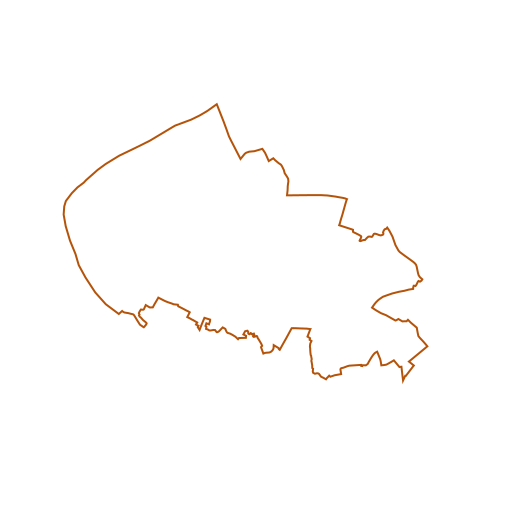 Hoang Mai, Ha Noi, Vietnam (Albers equal-area conic projection), rotated 208°
{"feature_id": "81297802B90742047749751", "entity_name": "Hoang Mai", "entity_type": "district", "adm_level": 2, "iso_a3": "VNM", "parent_name": "Vietnam", "parent_adm1": "Ha Noi", "projection": "albers", "projection_center": [105.847, 20.974], "detail": "fine", "context": "isolated", "style": "outline", "palette": "amber", "viewbox_px": 512, "rotation_deg": 208, "n_neighbors": 0, "source": "geoboundaries", "source_scale": "gbopen_adm2", "svg_char_len": 5464}
<svg xmlns="http://www.w3.org/2000/svg" viewBox="0 0 512 512"><g transform="rotate(208 256 256)"><path d="M416.3,173.0L408.2,164.7L396.5,157.0L380.9,148.4L366.0,142.9L349.9,140.4L348.4,144.6L347.6,144.4L346.5,144.3L346.0,144.3L345.5,144.4L345.2,144.5L343.1,145.2L342.4,145.5L339.4,146.2L338.0,146.6L336.9,146.8L336.4,146.7L335.2,146.1L330.5,143.3L326.8,141.2L325.9,140.8L324.6,140.7L322.1,140.4L321.6,140.4L321.4,141.1L321.3,141.6L321.1,142.6L320.8,144.0L320.9,144.6L320.9,145.1L321.1,145.3L321.4,145.5L322.6,145.8L324.6,146.2L325.6,146.4L326.2,146.6L326.7,146.8L327.3,147.0L327.6,147.2L328.1,147.3L328.7,147.6L329.6,147.7L330.3,147.9L331.4,148.6L331.3,149.5L332.5,150.4L332.6,150.5L332.7,151.9L332.7,152.6L332.5,154.7L330.5,155.5L330.0,156.2L330.3,160.9L325.7,160.7L324.9,161.1L323.0,162.2L323.0,165.6L322.7,172.5L322.7,173.4L315.5,173.5L312.3,173.8L308.1,174.5L306.0,174.7L302.1,176.3L301.1,175.1L296.6,175.2L291.9,175.2L289.7,175.3L288.1,175.2L288.0,169.8L285.6,169.9L282.8,169.8L280.9,169.9L280.4,169.8L276.7,169.7L276.8,167.9L276.8,167.3L274.1,167.4L274.1,165.9L271.1,164.2L271.8,169.8L272.5,177.2L266.6,178.3L266.3,177.6L265.9,176.4L265.6,174.3L265.4,173.6L265.9,173.5L268.2,173.3L267.8,170.5L266.6,170.3L265.9,168.2L264.0,168.5L263.9,168.5L263.3,168.4L262.1,168.4L261.0,169.0L258.9,170.7L257.3,171.4L256.6,171.0L255.0,170.3L254.2,170.7L253.3,172.2L251.9,177.3L249.6,177.3L248.8,177.2L248.3,176.8L247.7,176.2L246.3,175.2L245.7,174.9L244.9,174.8L242.4,175.3L240.0,175.3L236.4,175.1L232.8,174.1L232.5,175.6L226.5,179.0L227.3,180.9L230.3,180.8L230.3,184.4L229.4,185.3L228.5,186.0L227.4,185.5L226.6,184.2L226.4,183.9L225.9,183.8L225.1,183.8L224.9,184.0L224.6,184.6L224.6,185.4L224.3,185.5L223.7,185.4L223.0,185.0L221.4,186.5L220.3,185.4L220.8,184.8L221.1,184.2L221.0,183.9L220.8,183.6L220.1,183.5L219.3,184.1L217.8,185.7L217.5,185.7L216.8,185.2L215.8,184.2L214.8,183.8L210.2,181.0L208.4,179.6L208.8,177.9L203.7,173.3L202.6,174.6L201.7,175.3L199.0,177.0L198.4,177.7L197.9,178.3L197.4,179.6L197.1,180.8L197.1,181.8L197.3,183.0L197.7,183.9L198.5,185.6L192.8,185.3L192.5,185.0L192.2,184.6L191.7,184.4L191.0,184.3L190.9,190.3L190.7,198.0L190.6,209.0L190.3,209.2L189.2,209.7L189.2,209.8L186.8,211.0L185.3,211.7L183.0,212.8L181.1,213.7L181.0,213.8L180.8,213.9L179.3,214.6L177.3,215.6L174.2,216.8L173.7,217.0L173.7,216.9L172.7,209.0L169.7,208.8L169.3,207.2L167.1,207.0L167.0,204.3L166.5,202.8L165.9,201.4L164.7,199.7L164.2,198.8L163.7,198.0L162.7,196.4L161.2,194.2L160.5,193.8L159.8,192.8L158.4,191.1L158.0,189.7L157.8,189.2L157.4,188.9L155.1,185.9L154.0,184.0L153.7,183.5L153.4,183.4L153.1,183.3L152.7,183.3L151.6,180.6L150.7,179.7L148.7,179.7L147.1,181.1L146.0,181.5L145.0,181.5L143.8,180.9L142.0,180.0L141.0,180.0L139.3,180.1L136.3,180.0L136.2,180.7L136.1,181.5L135.9,182.2L135.2,184.7L133.7,184.3L130.6,187.6L125.4,191.7L128.2,195.5L128.3,196.0L128.3,196.5L127.9,197.1L126.3,198.5L123.6,201.6L122.1,203.0L111.9,209.3L111.6,209.0L111.4,208.4L110.6,208.7L110.9,209.4L110.0,209.9L107.7,211.0L107.5,211.5L106.7,213.0L106.7,215.6L106.5,219.7L106.4,221.3L106.1,223.8L105.6,225.9L104.8,227.4L104.1,228.4L102.3,226.9L98.0,223.3L96.8,222.0L94.2,218.6L94.0,218.3L91.8,219.8L90.1,221.1L89.6,221.7L88.5,223.4L87.9,224.3L87.5,225.0L87.0,225.7L86.9,225.9L86.1,227.2L85.6,228.1L85.3,228.6L77.2,225.3L76.6,225.8L75.6,226.5L71.4,220.4L67.7,215.1L68.0,220.3L67.4,220.5L65.5,232.0L65.2,233.4L71.4,234.6L64.5,251.3L62.3,256.7L64.7,257.7L68.1,259.0L73.1,260.7L75.1,261.6L77.2,264.1L80.4,268.2L87.9,269.8L91.9,271.0L92.4,269.1L94.1,268.2L96.0,267.0L100.7,267.2L102.0,265.1L102.6,264.5L106.8,264.6L113.2,264.8L118.8,264.2L124.3,264.4L127.4,264.7L129.3,264.9L129.0,267.5L128.8,269.0L128.3,271.5L127.4,274.4L126.4,276.6L124.8,279.6L122.0,282.7L118.2,286.8L112.9,291.6L108.6,295.0L105.4,298.0L101.8,300.7L102.5,302.2L102.8,303.8L102.2,304.1L101.1,304.4L100.9,305.2L100.9,306.8L101.0,309.5L100.7,310.3L99.2,310.3L99.0,310.5L98.3,312.1L98.2,313.5L101.2,314.2L103.3,315.3L104.8,316.8L109.2,322.1L110.6,323.4L112.2,324.1L114.2,324.6L115.0,324.7L118.3,325.2L125.1,326.1L130.9,327.0L132.8,327.7L138.0,331.1L144.6,337.2L149.9,340.8L153.5,342.7L153.7,341.8L153.8,341.1L154.4,340.6L154.8,340.2L155.0,339.7L155.1,338.0L154.9,336.4L154.3,336.0L153.9,335.3L153.9,334.5L154.3,334.0L155.4,332.8L157.1,332.3L159.8,332.0L161.6,331.5L162.3,330.8L162.4,328.7L162.5,327.6L163.0,327.1L164.5,326.7L165.9,325.8L166.6,324.0L167.3,321.3L168.4,320.7L169.5,319.6L170.7,318.2L171.4,318.0L171.7,318.1L171.8,318.8L171.8,320.7L172.0,322.3L172.5,322.8L173.3,322.9L175.1,323.0L178.9,322.9L180.8,322.8L181.7,322.9L182.7,324.7L184.0,324.5L197.0,322.2L197.3,324.2L198.2,328.1L199.1,332.9L200.8,340.6L201.9,345.7L202.4,348.5L202.4,348.9L204.3,348.7L206.6,348.1L211.4,346.5L213.4,345.9L221.3,343.0L227.5,340.1L236.3,335.4L243.7,331.4L257.1,324.1L258.9,328.7L259.7,330.4L260.7,332.4L261.7,335.0L262.4,337.1L264.0,339.4L265.9,340.6L269.6,342.6L270.2,343.3L271.0,344.1L271.8,345.0L275.4,347.6L277.0,348.4L279.5,348.6L284.2,349.6L286.6,350.4L289.3,345.8L293.2,348.9L296.5,351.4L300.7,353.6L306.6,347.8L311.0,344.9L313.2,342.5L313.9,341.0L314.4,338.6L315.2,334.4L332.8,346.6L336.1,349.0L342.0,354.4L347.6,359.4L361.9,371.6L367.1,361.2L371.6,353.8L377.4,345.8L388.6,333.2L389.8,331.3L403.9,307.9L414.0,293.8L423.9,280.3L431.9,266.7L436.2,257.8L441.7,243.1L442.5,240.0L445.8,232.9L448.1,225.1L449.7,215.3L448.6,209.8L448.3,209.1L445.3,202.3L438.1,193.1L427.5,182.3L416.3,173.0Z" fill="none" stroke="#b45309" stroke-width="2"/></g></svg>